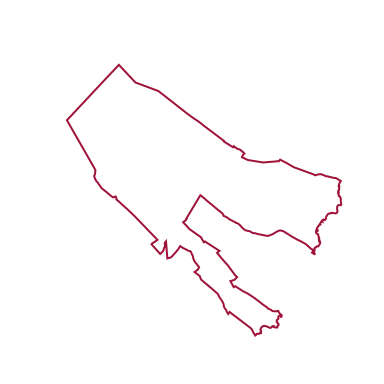 outline of Sagaga le Falefa, A'ana, Samoa, rotated 122°
{"feature_id": "51752279B7891864282518", "entity_name": "Sagaga le Falefa", "entity_type": "district", "adm_level": 2, "iso_a3": "WSM", "parent_name": "Samoa", "parent_adm1": "A'ana", "projection": "robinson", "projection_center": [-171.867, -13.864], "detail": "fine", "context": "isolated", "style": "outline", "palette": "rose", "viewbox_px": 384, "rotation_deg": 122, "n_neighbors": 0, "source": "geoboundaries", "source_scale": "gbopen_adm2", "svg_char_len": 4886}
<svg xmlns="http://www.w3.org/2000/svg" viewBox="0 0 384 384"><g transform="rotate(122 192 192)"><path d="M169.9,330.7L197.4,336.1L224.5,285.6L228.2,283.7L229.8,283.6L230.5,283.2L231.6,282.0L232.2,281.1L233.5,278.8L234.0,276.8L234.8,275.1L236.5,270.9L236.8,269.9L237.0,267.6L237.3,266.1L237.3,265.0L238.1,259.7L238.3,258.2L238.3,256.0L238.1,255.7L236.8,254.9L236.3,254.4L237.2,252.8L238.0,252.5L238.4,252.0L238.9,248.6L239.7,244.7L240.9,237.4L241.4,235.3L241.7,233.4L242.1,231.7L242.8,228.3L250.9,195.9L253.6,197.0L255.9,198.2L256.9,198.5L257.8,198.6L261.4,186.2L258.9,185.5L257.0,185.2L256.3,185.3L254.7,186.0L253.0,186.0L252.0,186.3L250.1,187.9L249.2,188.1L247.6,187.9L261.4,177.7L258.5,175.1L252.0,173.9L247.3,173.3L245.7,173.4L244.1,173.3L244.3,170.5L243.8,165.8L243.8,164.5L243.6,163.3L243.1,162.0L243.3,161.2L245.0,158.9L245.5,157.8L247.3,156.0L248.6,154.6L249.7,152.5L251.0,148.9L252.0,146.1L253.8,146.0L254.3,145.8L258.5,147.4L259.2,140.7L260.3,139.6L261.5,137.7L262.9,127.8L263.4,124.2L264.1,120.1L264.4,118.3L264.4,117.9L264.8,116.2L266.8,112.6L267.9,110.1L269.0,107.8L270.6,105.5L272.2,104.3L273.2,102.7L274.1,100.3L275.1,99.2L276.3,96.6L273.8,96.6L274.2,93.0L276.2,71.1L276.6,68.8L278.4,66.0L280.2,62.3L279.1,61.9L278.1,62.0L277.3,61.1L277.1,60.3L276.4,60.0L275.2,58.7L273.9,59.5L274.0,59.8L273.0,60.1L272.9,60.4L272.3,61.1L271.5,61.3L271.0,61.3L269.7,61.4L268.9,60.9L268.1,60.7L267.7,60.4L266.9,59.1L266.5,57.6L266.2,56.0L266.2,55.4L265.7,53.4L264.3,52.9L263.7,52.9L263.0,52.5L262.5,51.7L263.2,51.5L262.8,49.7L262.5,49.6L262.1,48.5L261.7,47.9L260.8,48.1L259.7,48.5L259.0,48.1L257.8,49.0L257.7,50.2L257.2,50.8L257.2,51.5L256.8,51.7L255.4,52.2L254.5,51.9L254.3,51.6L253.7,51.6L253.0,51.9L252.6,52.3L251.6,52.8L250.2,52.1L250.1,50.9L250.7,50.4L250.6,50.1L249.1,50.5L248.8,51.2L248.7,52.8L248.1,54.4L247.6,55.4L247.1,55.5L246.6,55.0L247.7,56.5L249.1,58.1L249.7,59.4L250.2,60.4L250.3,60.7L250.1,63.4L250.6,65.7L250.1,66.9L249.9,72.0L249.2,78.4L248.8,83.0L248.6,90.9L249.1,95.9L249.0,105.5L250.6,106.2L247.2,112.2L244.2,109.6L241.8,108.9L240.3,108.6L239.7,111.4L235.2,122.8L232.7,131.4L230.3,138.5L227.4,137.5L227.1,154.9L228.3,155.4L225.6,160.5L224.8,174.7L223.4,179.3L222.6,182.7L222.3,183.5L220.0,182.6L219.7,182.4L217.6,182.3L217.6,182.7L202.0,183.0L196.5,183.1L190.3,183.2L190.3,182.5L190.9,178.1L191.6,173.8L192.4,167.6L193.6,159.1L193.5,158.3L193.9,156.8L194.0,155.1L194.3,154.3L195.5,152.4L195.2,151.1L195.0,149.4L195.2,146.0L195.3,144.8L195.1,143.9L195.0,141.4L194.7,139.8L194.9,138.3L194.4,137.0L194.5,135.2L194.9,132.8L195.6,131.1L195.8,130.0L196.1,127.8L196.1,126.5L195.9,125.4L195.3,123.8L194.7,122.4L194.6,121.7L194.7,119.8L194.5,118.5L193.4,116.4L193.1,114.9L190.7,108.4L189.8,106.0L189.3,104.9L188.6,103.9L184.8,101.1L181.5,99.5L179.6,98.4L178.3,97.4L177.8,96.6L177.3,95.4L176.9,93.7L176.8,92.0L176.9,90.8L176.8,87.2L176.9,85.0L176.6,77.5L176.1,73.1L176.0,70.3L175.9,67.8L176.4,64.9L176.9,61.8L177.2,60.7L176.8,58.3L178.7,58.0L179.8,58.1L179.9,55.3L179.4,55.1L179.1,55.7L178.0,57.1L177.4,57.4L177.0,57.0L176.5,57.2L176.5,57.9L175.6,57.8L175.0,58.2L174.5,58.3L173.8,57.8L173.2,57.9L172.8,57.5L172.1,57.3L171.7,57.0L171.2,56.1L168.5,56.0L167.4,56.3L167.0,56.5L166.8,57.2L166.6,56.9L166.0,57.2L166.1,58.3L165.7,58.6L164.6,59.0L164.7,59.5L163.8,60.1L163.4,60.1L163.4,60.5L162.9,60.8L161.3,62.4L160.9,63.4L161.3,64.3L160.6,65.4L159.6,66.0L158.9,66.2L158.7,64.9L158.3,64.8L157.8,65.0L158.0,66.4L157.1,66.7L155.9,66.9L155.2,66.7L154.8,66.9L153.3,66.7L152.9,66.5L152.4,66.7L152.1,66.1L151.7,66.0L151.7,66.5L151.2,66.6L149.6,66.6L148.7,66.6L148.4,65.8L148.0,66.6L146.5,66.4L145.7,65.9L146.0,65.4L145.4,64.9L145.4,64.5L144.5,64.4L143.9,64.2L143.2,64.4L142.2,65.0L141.3,65.1L139.4,65.1L138.8,65.0L137.9,64.5L136.4,63.2L136.4,62.8L135.6,62.4L134.8,60.7L134.0,58.8L133.5,58.4L132.7,58.1L131.4,58.3L130.5,59.1L128.8,60.4L127.5,61.1L127.1,61.2L125.8,61.1L125.1,60.2L124.3,58.8L123.6,58.7L122.3,59.9L119.8,61.8L118.7,62.2L118.4,62.6L118.0,63.6L117.7,63.8L117.4,64.7L117.5,65.4L117.0,65.5L116.3,66.7L115.6,67.4L115.1,67.7L114.8,67.2L114.2,67.5L114.3,68.2L113.3,68.7L111.9,68.5L111.1,68.9L110.3,69.8L109.4,70.2L108.9,70.1L108.7,70.5L108.9,70.9L107.6,71.4L105.2,71.7L103.8,71.6L103.9,74.5L103.8,75.5L103.9,77.2L105.1,79.8L106.0,82.5L106.9,85.3L107.7,86.9L107.8,88.7L108.3,91.0L108.9,92.7L110.4,94.4L111.1,95.2L112.5,96.2L112.7,98.3L113.0,99.7L116.6,116.8L117.0,118.6L117.2,123.3L117.3,127.4L117.7,131.7L117.9,134.4L119.9,134.7L120.3,135.5L120.9,136.2L122.8,138.6L125.8,142.7L129.2,147.2L135.3,161.6L136.0,168.1L133.8,168.4L132.7,168.3L131.7,167.9L131.2,169.5L130.6,174.1L131.2,175.5L131.3,176.7L131.1,180.4L131.7,180.0L132.3,181.0L132.3,191.7L131.8,191.8L131.1,198.8L129.5,217.7L129.3,218.8L129.0,220.8L128.7,225.5L128.7,226.6L128.6,230.3L128.4,233.3L127.9,239.2L124.2,273.9L129.1,298.0L122.9,321.4L147.9,326.4L169.9,330.7Z" fill="none" stroke="#9f1239" stroke-width="2"/></g></svg>